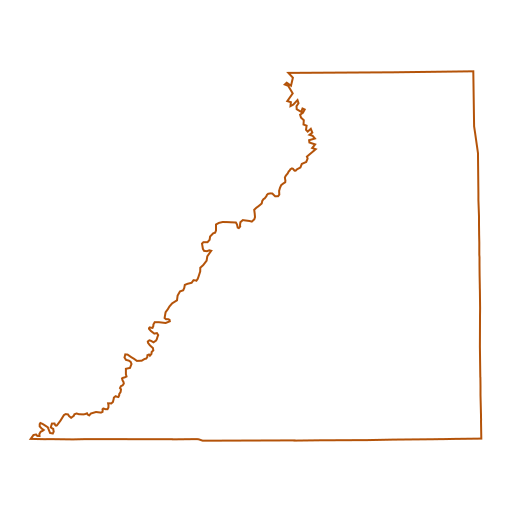 San Juan, Utah, United States of America (orthographic projection)
{"feature_id": "52423323B48895226682919", "entity_name": "San Juan", "entity_type": "district", "adm_level": 2, "iso_a3": "USA", "parent_name": "United States of America", "parent_adm1": "Utah", "projection": "orthographic", "projection_center": [-110.349, 37.749], "detail": "fine", "context": "isolated", "style": "outline", "palette": "amber", "viewbox_px": 512, "rotation_deg": 0, "n_neighbors": 0, "source": "geoboundaries", "source_scale": "gbopen_adm2", "svg_char_len": 4135}
<svg xmlns="http://www.w3.org/2000/svg" viewBox="0 0 512 512"><path d="M168.7,307.7L167.9,309.1L165.6,312.2L164.8,316.8L164.6,318.0L166.0,319.2L168.2,319.2L169.5,319.8L169.8,321.3L168.6,321.8L165.6,323.0L158.9,322.2L154.7,322.2L153.4,324.5L153.3,326.1L152.5,327.9L151.1,327.7L149.7,327.4L149.0,328.2L149.0,328.8L150.9,331.0L154.3,333.6L156.9,333.1L158.2,335.1L157.5,336.8L156.8,339.2L156.0,340.6L153.5,342.3L151.1,340.9L149.4,340.3L147.8,341.5L148.0,342.8L149.8,345.2L151.5,346.8L152.9,348.0L153.3,350.4L151.7,351.9L151.4,354.0L149.9,355.7L149.0,354.5L147.4,355.2L147.3,357.0L146.2,358.6L144.5,359.0L141.7,360.7L136.9,360.9L134.0,358.8L131.3,357.2L127.6,354.6L125.3,354.4L124.5,357.5L126.0,359.9L128.8,360.6L130.6,361.8L131.5,364.0L130.0,367.9L125.9,368.8L125.9,374.2L126.5,376.5L124.7,377.4L123.0,377.8L122.0,378.4L122.6,380.5L123.5,382.0L123.8,383.6L122.7,385.3L120.9,386.2L120.0,388.1L121.0,389.3L120.6,392.0L119.2,394.1L119.2,395.4L118.4,397.0L117.2,396.8L115.6,396.2L113.9,397.6L113.6,399.3L112.9,402.0L111.2,403.5L110.2,403.3L108.1,403.3L108.5,405.4L108.4,407.5L107.5,409.2L105.5,409.2L104.3,408.8L103.3,408.5L102.5,409.3L102.7,410.1L102.5,411.9L101.0,412.6L99.2,412.4L96.0,412.0L90.9,413.5L89.2,415.4L87.6,414.5L87.0,413.3L85.1,414.1L83.4,414.4L78.8,414.2L76.6,413.5L74.4,414.3L73.8,415.8L71.1,417.8L69.0,416.0L68.0,414.4L65.6,414.1L63.9,415.1L60.5,420.6L56.9,425.4L56.0,425.7L55.0,424.8L54.5,423.5L51.9,423.6L51.3,425.6L50.8,427.4L52.4,428.5L53.2,428.8L53.7,431.6L52.8,433.5L50.1,433.0L49.5,431.6L47.8,427.3L44.3,425.0L42.5,423.9L40.4,423.0L39.7,424.1L39.7,426.4L41.7,428.6L43.7,430.0L42.5,430.9L40.7,431.7L39.4,433.9L39.5,436.0L37.3,435.9L36.1,434.5L33.5,435.0L30.7,438.9L44.8,439.2L49.4,439.1L73.0,439.4L86.2,439.1L147.9,439.2L172.3,439.2L172.4,439.3L177.5,439.3L196.8,439.1L198.7,439.3L202.7,440.7L290.4,440.4L294.5,440.4L294.5,440.6L319.0,440.3L367.8,440.1L393.3,439.6L415.6,439.4L416.2,439.4L437.3,439.2L437.7,439.2L438.6,439.1L441.9,439.1L444.4,439.1L454.7,438.9L481.3,438.6L481.0,420.6L481.1,420.1L481.0,417.3L481.0,414.9L480.9,411.6L480.9,411.0L480.5,395.0L480.5,389.0L480.5,386.8L480.4,377.4L480.3,377.2L479.9,346.6L480.0,319.8L480.0,316.0L480.1,308.5L479.9,290.5L479.8,287.2L479.8,285.7L479.6,275.4L479.5,264.3L479.5,263.9L479.5,257.2L479.3,254.8L479.3,242.6L479.1,233.8L479.1,232.3L479.0,224.8L479.0,222.8L479.0,216.4L478.4,200.0L478.4,194.4L478.4,193.8L478.0,156.2L478.0,153.3L475.2,133.7L474.1,126.3L473.3,71.3L393.8,72.3L288.4,72.9L292.9,77.7L291.0,85.7L286.7,82.7L284.8,84.5L288.2,85.8L292.7,93.4L287.3,101.1L290.9,102.2L290.5,106.1L293.3,104.6L297.5,100.1L298.5,103.2L296.5,106.2L296.7,109.2L301.2,111.9L302.5,108.5L304.7,109.5L302.9,112.8L300.1,114.7L301.0,117.6L303.8,120.2L303.5,124.5L306.6,125.7L306.0,129.8L307.7,131.6L310.8,128.8L312.3,132.6L309.5,134.8L312.6,135.8L314.9,138.5L309.1,140.2L309.4,142.5L315.1,144.4L312.2,148.0L315.7,149.2L306.9,156.6L307.5,158.1L307.6,158.6L306.2,162.0L301.8,163.9L300.4,167.5L297.0,169.3L295.6,170.7L294.6,170.7L293.7,169.7L293.0,168.8L291.9,168.4L290.4,169.3L289.6,170.6L288.7,171.4L288.2,172.5L287.5,173.7L286.5,174.8L285.5,176.2L284.9,177.5L285.1,179.2L285.4,180.4L285.2,182.3L283.4,183.4L281.2,185.1L280.0,187.8L279.1,190.9L279.3,194.6L278.1,196.2L275.2,196.3L274.0,195.2L272.3,193.5L270.3,193.4L268.1,193.8L266.9,194.9L266.4,196.2L264.6,198.5L263.6,199.0L262.3,200.8L261.7,203.5L260.2,204.8L258.1,206.5L256.4,207.7L254.2,209.8L254.7,213.5L255.0,217.1L254.3,219.3L251.8,221.6L249.5,221.0L244.9,220.4L242.8,220.1L240.4,222.2L240.0,225.1L240.2,226.5L238.8,228.1L237.7,227.6L237.0,224.5L235.9,222.5L231.3,222.3L227.5,222.1L222.7,222.0L218.9,222.9L216.0,224.5L216.0,228.4L216.0,230.5L215.1,232.7L213.2,233.3L210.1,236.5L209.6,239.8L207.5,242.2L204.7,242.2L203.4,242.2L202.0,243.6L202.4,245.9L202.9,248.9L204.1,250.9L207.0,251.2L209.3,250.3L211.2,250.8L210.4,251.9L207.3,256.3L206.6,260.7L203.2,265.1L200.3,267.7L200.2,271.5L198.5,276.7L197.7,278.9L196.4,280.7L196.0,280.5L193.5,280.2L191.6,282.8L187.5,283.8L184.8,284.9L184.3,287.8L183.2,290.3L180.0,291.4L177.6,295.6L177.0,300.3L172.2,303.3L169.5,306.4L168.7,307.7Z" fill="none" stroke="#b45309" stroke-width="2"/></svg>